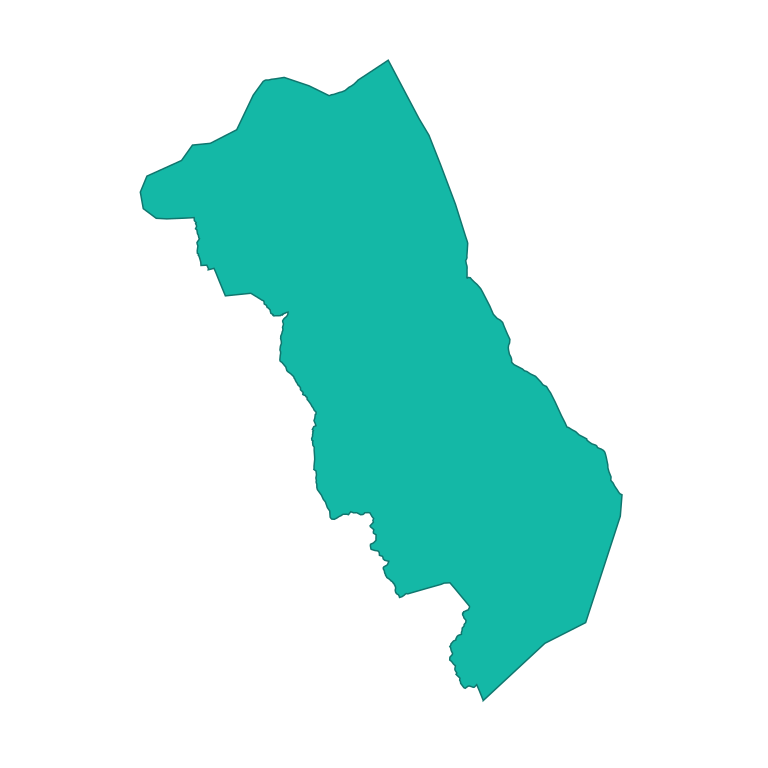 Sagil, Uvs, Mongolia (orthographic projection), rotated 266°
{"feature_id": "93677404B63603373870282", "entity_name": "Sagil", "entity_type": "district", "adm_level": 2, "iso_a3": "MNG", "parent_name": "Mongolia", "parent_adm1": "Uvs", "projection": "orthographic", "projection_center": [91.136, 50.315], "detail": "fine", "context": "isolated", "style": "filled", "palette": "teal", "viewbox_px": 768, "rotation_deg": 266, "n_neighbors": 0, "source": "geoboundaries", "source_scale": "gbopen_adm2", "svg_char_len": 6102}
<svg xmlns="http://www.w3.org/2000/svg" viewBox="0 0 768 768"><g transform="rotate(266 384 384)"><path d="M256.9,613.7L257.9,611.9L259.4,610.7L261.9,609.4L266.0,607.0L269.3,605.6L272.1,603.5L275.5,604.0L280.7,602.3L284.7,601.5L287.8,601.6L295.3,600.6L298.1,600.1L300.6,599.5L302.4,598.3L304.1,595.9L304.6,594.6L305.7,592.5L307.2,592.0L308.2,591.0L309.8,587.2L311.5,585.0L313.7,582.6L315.1,582.4L316.8,579.7L319.6,575.1L323.1,571.9L325.2,568.5L327.7,565.1L328.3,563.5L332.7,561.9L340.0,558.8L354.3,553.4L363.6,549.5L366.1,548.0L370.2,545.9L371.0,544.3L372.2,542.4L375.2,540.5L381.1,535.7L383.9,530.7L386.5,527.4L387.4,525.0L389.3,523.2L394.2,515.1L396.7,512.9L399.9,513.0L402.3,512.4L404.9,511.2L409.2,510.6L411.6,510.5L414.0,511.0L416.1,512.1L419.7,512.7L425.1,510.6L432.9,507.9L437.2,506.6L439.7,504.3L441.5,501.5L446.0,497.9L454.3,495.0L469.0,488.7L472.4,487.1L476.8,483.8L479.2,481.4L482.4,478.6L484.0,477.5L484.0,477.0L484.3,476.2L484.4,475.7L484.3,475.3L484.0,475.0L483.8,474.5L483.9,474.3L484.3,474.1L484.8,474.1L485.4,474.3L487.5,474.5L492.4,474.8L493.9,475.0L495.7,475.0L497.2,474.7L498.3,474.4L500.1,474.3L501.2,474.0L503.2,475.2L504.4,475.6L506.0,475.6L512.3,476.5L518.5,477.3L520.4,477.0L525.4,475.7L558.4,467.8L598.9,455.7L629.0,446.2L646.2,437.5L706.7,410.8L688.9,379.2L687.3,377.6L686.8,376.8L685.5,375.4L683.6,372.4L682.4,369.7L679.5,365.7L678.3,362.2L678.0,360.1L676.4,354.1L676.2,351.6L675.6,350.2L675.5,349.3L686.7,330.0L696.8,305.8L696.0,296.9L695.8,292.8L695.4,290.8L695.3,289.6L695.5,287.5L695.2,286.4L694.3,284.6L681.3,273.7L647.9,254.8L636.2,227.5L635.7,209.6L621.1,197.6L607.9,162.0L592.4,154.3L575.7,156.1L571.0,161.6L565.2,168.3L563.9,178.8L563.4,195.5L563.2,206.2L560.2,206.2L558.0,207.9L557.0,207.2L555.9,207.9L554.0,208.0L552.0,206.8L550.8,208.1L546.9,208.4L545.6,209.1L542.6,209.5L541.8,210.1L538.2,207.3L536.7,207.4L534.8,208.0L530.2,207.0L527.5,206.9L526.7,208.0L525.4,207.7L524.4,208.4L520.5,209.3L518.3,209.7L515.0,209.7L514.9,215.5L511.5,216.9L510.2,216.6L511.2,222.5L507.3,223.9L498.9,226.6L483.0,231.9L483.8,257.5L477.0,267.0L476.2,268.0L475.4,269.7L474.3,270.1L472.2,270.1L470.7,272.2L468.5,272.8L468.1,273.7L465.7,275.7L464.9,275.6L462.4,276.1L461.7,277.1L461.0,278.2L460.6,278.0L460.2,278.0L459.6,278.9L459.7,280.0L459.4,285.3L459.9,285.9L460.1,286.5L459.8,287.1L459.9,287.3L460.5,287.6L460.3,287.8L460.8,288.2L460.8,288.5L461.1,288.7L461.1,289.0L461.5,289.5L461.5,289.9L461.6,290.5L461.9,290.8L461.9,291.1L462.2,291.6L462.2,292.5L462.1,292.9L462.2,293.0L462.3,293.2L460.9,293.1L459.5,292.6L458.5,291.8L457.5,290.7L456.9,289.7L455.8,288.5L454.1,287.3L453.2,287.3L451.0,287.9L450.4,287.8L449.8,287.6L448.1,286.9L447.5,286.7L446.9,286.8L445.9,287.0L444.3,286.7L443.2,286.1L441.4,285.6L438.9,284.3L437.6,284.3L436.9,284.0L434.0,284.5L432.0,284.5L431.4,284.4L429.0,283.3L425.3,282.6L424.7,282.7L423.4,283.1L421.7,283.0L419.7,282.5L415.3,281.8L414.1,282.0L413.5,282.6L412.6,283.8L411.6,284.4L410.7,285.2L409.5,285.9L407.9,287.2L404.2,288.0L403.1,288.8L400.8,291.6L397.9,294.2L397.4,294.5L395.8,294.9L395.5,295.2L394.6,295.7L393.5,295.9L392.7,296.4L392.1,296.6L390.7,297.5L389.1,298.0L388.8,298.3L388.7,298.7L388.6,298.9L387.9,299.3L387.4,299.3L387.0,299.9L386.4,300.3L385.6,300.5L385.0,300.2L384.1,300.3L383.3,300.9L383.0,301.4L382.0,301.9L381.6,302.5L380.8,302.7L380.4,302.7L379.6,302.2L379.3,302.2L379.0,302.5L378.7,303.2L378.3,303.6L378.2,303.9L378.1,304.7L377.4,305.0L376.6,305.4L376.2,306.2L375.8,306.4L374.4,306.2L373.7,306.4L373.0,307.1L368.8,309.7L368.1,309.9L367.7,310.2L366.5,310.6L366.0,311.1L365.3,311.5L364.4,311.9L363.7,312.2L362.9,312.4L362.0,313.2L361.1,313.8L360.8,314.3L360.1,314.3L358.5,313.9L358.4,313.3L354.8,312.6L352.3,311.6L349.5,312.6L347.1,313.2L346.4,311.0L343.6,309.3L342.4,310.4L341.2,309.5L340.4,309.8L338.2,309.1L337.1,309.2L334.6,308.0L332.9,308.2L332.2,309.2L331.2,308.7L327.8,308.8L325.8,310.0L323.0,309.7L316.2,309.7L313.6,309.6L307.2,308.5L304.5,308.3L303.7,308.0L302.0,310.1L298.0,310.3L295.0,309.5L292.4,309.8L291.4,309.5L290.2,309.5L288.9,310.0L285.4,309.8L283.3,310.2L277.5,313.8L273.0,315.5L270.5,317.3L264.6,318.9L261.1,321.0L254.9,321.0L253.9,321.6L252.9,322.4L252.5,325.0L253.5,327.5L254.9,329.9L255.7,332.1L256.9,334.0L256.7,337.8L256.1,339.4L258.9,341.9L257.6,344.7L257.5,347.9L255.2,351.6L255.3,353.9L256.0,355.0L256.9,355.8L256.8,359.4L256.4,361.0L252.6,362.8L250.5,364.3L248.7,363.4L246.9,363.8L243.5,360.2L242.5,360.5L239.4,363.7L237.1,363.0L235.9,363.1L234.1,365.6L230.5,365.2L228.6,365.1L226.2,362.4L225.1,359.4L223.6,359.1L220.2,359.5L219.8,360.1L218.5,363.4L218.0,366.1L216.4,367.5L213.4,367.5L212.3,370.3L211.4,370.8L209.6,371.0L208.1,372.4L206.8,376.4L203.8,375.0L203.0,374.1L201.6,371.1L200.6,370.4L199.3,370.5L198.7,370.9L198.2,371.0L197.7,371.3L196.1,371.4L195.7,371.6L195.1,371.6L194.1,372.2L193.8,372.1L193.4,372.3L193.1,372.2L191.3,373.2L190.8,373.3L189.9,374.4L189.6,375.0L188.6,375.9L187.8,376.9L186.9,377.4L186.6,378.1L185.6,379.0L185.2,379.0L185.1,379.3L184.9,379.4L184.6,379.7L184.2,379.7L183.6,380.4L182.9,380.4L182.4,380.8L181.8,380.9L181.6,381.1L181.1,381.1L180.7,381.4L179.7,381.3L179.1,381.3L177.7,380.8L175.7,381.0L175.2,381.2L175.0,381.5L174.3,381.6L173.6,382.3L172.7,383.7L171.4,384.3L170.0,384.6L170.6,387.2L171.9,389.4L172.9,390.6L173.4,391.6L173.0,393.1L177.1,412.2L180.2,427.1L181.2,430.1L181.1,435.9L175.3,440.2L156.3,453.8L154.9,453.6L152.7,452.1L152.4,450.8L151.4,448.3L151.3,447.6L150.0,447.2L150.0,446.5L148.3,446.3L146.4,447.2L145.1,447.4L142.5,449.3L140.3,448.9L138.6,447.2L136.8,446.9L135.1,445.0L132.6,444.7L130.9,443.9L128.9,443.8L128.1,440.6L127.1,439.3L124.9,438.0L123.6,437.8L122.8,435.4L120.0,432.6L119.0,432.5L117.4,431.3L116.6,432.0L113.5,432.4L111.9,433.0L110.7,433.6L109.4,433.3L106.9,430.7L104.1,430.3L103.3,431.1L102.7,431.9L99.6,433.9L97.9,435.6L94.7,434.8L93.4,435.0L90.6,436.5L89.3,435.6L85.2,439.3L83.4,438.8L81.7,439.5L80.0,439.6L75.5,442.5L74.8,443.8L76.7,446.8L76.8,448.0L75.9,450.4L75.2,451.9L75.3,453.0L77.6,455.5L71.4,457.7L61.5,460.9L61.3,460.9L114.1,526.4L131.9,568.5L235.6,610.5L256.9,613.7Z" fill="#14b8a6" stroke="#0f766e" stroke-width="1.5"/></g></svg>